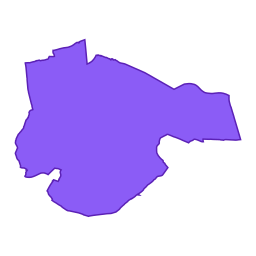 outline of Uitgeest, Noord-Holland, Netherlands
{"feature_id": "6326949B50941675836803", "entity_name": "Uitgeest", "entity_type": "district", "adm_level": 2, "iso_a3": "NLD", "parent_name": "Netherlands", "parent_adm1": "Noord-Holland", "projection": "robinson", "projection_center": [4.72, 52.523], "detail": "fine", "context": "isolated", "style": "filled", "palette": "violet", "viewbox_px": 256, "rotation_deg": 0, "n_neighbors": 0, "source": "geoboundaries", "source_scale": "gbopen_adm2", "svg_char_len": 5438}
<svg xmlns="http://www.w3.org/2000/svg" viewBox="0 0 256 256"><path d="M229.0,95.5L227.6,94.9L226.2,94.2L224.9,93.8L223.3,93.3L221.6,93.0L220.5,92.9L218.3,92.9L214.9,93.2L212.5,93.5L211.2,93.5L207.1,93.1L205.2,92.7L204.3,92.3L203.5,91.8L202.3,91.0L201.3,90.2L197.7,86.5L196.1,85.3L195.4,84.9L194.3,84.4L191.1,83.7L189.7,83.6L188.8,83.6L186.0,83.9L184.3,84.1L174.0,89.3L145.0,72.8L125.3,64.1L124.1,63.7L120.6,63.0L119.7,62.7L118.5,62.0L116.8,60.7L115.8,60.3L115.2,59.7L113.8,60.0L113.7,59.9L113.3,59.8L113.1,59.8L112.9,59.3L112.7,59.2L112.8,59.1L112.6,58.9L112.4,58.9L112.1,59.1L111.8,58.9L111.6,58.9L111.3,58.9L111.0,59.1L110.9,59.5L110.8,59.8L109.4,58.7L108.6,58.6L106.9,57.7L106.4,57.5L106.1,57.4L105.8,57.5L105.7,57.5L103.9,56.8L101.0,55.6L100.9,56.0L98.2,55.0L98.0,55.3L97.7,55.2L97.6,55.4L97.2,55.2L96.2,55.2L95.3,57.0L94.9,57.6L93.9,59.1L92.4,60.8L92.0,61.2L91.1,61.9L89.7,62.7L89.7,62.9L87.1,64.0L85.6,47.7L84.8,39.7L80.4,41.3L80.0,41.5L78.8,42.2L78.8,42.3L79.1,42.7L78.8,42.8L78.7,42.6L78.4,42.5L76.8,42.5L75.2,43.5L73.7,44.7L71.6,46.0L68.9,47.0L67.9,47.3L63.5,47.9L59.6,48.8L57.4,49.5L54.6,50.2L53.8,50.3L53.6,50.4L53.5,50.5L53.1,50.4L53.0,51.4L53.0,52.0L53.1,52.7L53.2,53.1L53.8,53.9L54.0,54.4L54.2,54.8L54.4,56.4L53.0,56.6L49.4,56.5L49.3,56.8L48.8,57.2L48.7,57.4L48.5,58.3L48.3,58.6L48.0,59.0L47.7,59.2L46.4,59.4L45.5,59.8L43.4,60.3L43.2,60.3L43.2,60.2L42.0,60.3L40.9,60.6L40.5,60.7L40.0,60.6L39.6,60.2L38.5,60.3L37.4,60.6L36.1,60.7L35.9,61.1L35.4,61.2L34.7,61.5L33.1,61.8L29.5,62.8L28.4,62.7L25.3,62.9L25.3,63.4L25.5,64.3L25.8,65.9L26.0,67.3L26.9,77.1L27.0,77.8L27.1,78.2L27.1,78.6L27.1,79.3L27.1,79.8L27.9,88.8L28.1,90.1L28.3,90.8L28.4,91.3L28.5,91.9L28.5,92.2L31.2,103.1L31.6,104.5L31.9,105.3L32.0,105.6L32.0,106.4L32.8,109.6L32.0,109.9L30.9,110.2L30.4,110.5L29.6,111.2L29.0,112.5L29.0,112.8L29.2,113.3L29.3,114.0L28.4,116.6L28.2,117.3L28.3,117.6L28.2,117.7L27.8,117.9L27.6,118.0L27.4,118.5L27.0,119.1L26.1,120.0L25.8,120.8L24.9,123.5L24.5,124.8L24.4,125.5L24.0,126.1L23.7,126.8L23.6,127.3L23.7,127.8L23.6,128.0L23.3,128.4L22.9,129.0L22.0,129.9L21.7,130.5L21.3,130.9L20.9,131.5L19.8,132.6L19.4,133.3L18.5,134.1L18.0,134.9L17.7,135.7L17.3,136.4L16.2,138.8L16.0,140.0L15.6,140.8L15.6,141.5L15.5,142.0L15.4,142.5L15.5,143.3L15.9,144.2L17.2,146.6L17.6,148.0L17.1,148.9L16.9,149.4L16.2,151.2L15.7,152.2L15.4,153.1L15.4,153.6L15.9,155.1L16.2,155.8L16.7,157.7L17.0,158.4L17.4,159.2L17.7,159.6L18.7,160.5L19.0,161.0L20.6,165.9L20.5,166.3L20.4,167.3L21.2,167.7L21.7,167.8L22.5,167.9L24.1,168.0L24.5,168.1L26.2,169.1L26.6,169.3L26.6,169.5L26.2,170.0L27.2,170.3L25.9,172.2L25.8,172.7L25.9,173.9L25.8,174.6L25.6,175.1L24.9,176.2L25.2,176.5L25.4,176.8L27.0,177.2L28.4,177.3L29.8,177.3L31.5,177.1L33.1,176.6L33.9,176.3L35.6,175.6L40.2,173.4L41.0,173.1L41.7,173.0L43.2,172.9L44.4,173.0L45.5,173.4L46.6,173.8L47.1,174.0L48.1,174.6L51.2,171.5L54.7,168.2L56.5,168.5L58.2,168.6L61.1,169.9L60.8,170.3L60.4,171.2L60.3,171.7L60.2,172.1L60.2,172.6L60.8,174.7L60.8,175.1L60.8,175.6L60.7,176.0L60.6,176.4L60.4,176.8L58.9,179.3L59.1,179.6L58.1,181.4L53.6,179.8L52.6,180.9L53.0,181.1L50.5,184.7L49.0,187.3L47.1,190.9L47.3,191.0L47.7,191.5L48.2,193.0L48.5,194.1L48.7,194.5L49.9,196.0L51.0,197.1L52.4,199.2L52.4,199.3L52.2,199.7L51.9,200.2L53.6,201.5L56.3,203.1L58.5,204.6L60.3,205.6L60.6,205.8L61.2,206.1L61.4,206.2L61.5,206.5L61.8,206.8L63.6,208.2L64.4,208.6L65.1,209.2L66.0,209.7L66.3,210.0L67.0,210.3L67.3,210.5L67.6,210.5L68.1,210.8L69.1,210.8L78.4,212.8L79.4,213.1L83.1,214.4L83.2,214.6L83.5,214.8L87.6,216.0L88.5,216.3L89.4,216.0L91.2,215.7L93.7,215.3L107.0,213.7L110.5,213.5L111.3,213.4L115.9,212.0L116.1,211.9L117.2,211.0L119.0,209.6L119.8,208.8L120.1,208.3L120.9,207.4L121.8,206.6L122.5,205.9L124.3,204.4L124.4,204.2L124.6,203.9L127.4,201.7L127.6,201.6L127.7,201.3L128.0,201.0L128.6,200.4L131.3,198.7L131.5,198.9L132.4,198.3L134.3,197.0L135.4,196.1L135.9,195.5L136.6,195.0L137.0,194.9L137.3,194.8L139.2,195.0L138.7,194.6L138.4,194.2L138.1,194.2L137.9,194.1L139.9,192.9L141.0,192.1L142.2,191.1L143.4,189.9L143.5,189.7L143.7,189.2L144.1,188.6L146.1,186.8L146.5,186.3L147.7,184.9L149.0,184.1L150.6,182.9L151.6,182.2L152.2,181.6L153.2,180.7L153.9,179.7L154.8,179.3L155.5,178.7L156.3,177.6L157.2,176.7L157.7,176.4L158.0,176.3L161.0,175.8L162.2,175.3L162.8,174.7L167.9,167.6L165.2,164.4L165.0,163.7L164.6,163.2L163.5,162.4L163.2,162.0L163.1,160.7L162.8,160.3L162.5,160.0L162.0,159.7L161.5,159.3L160.8,158.6L159.6,157.4L159.3,157.0L159.1,156.6L158.6,156.1L158.1,155.4L157.0,153.3L156.8,152.9L156.6,150.8L156.6,150.1L156.6,149.3L156.6,147.4L156.8,146.5L156.9,146.2L157.5,145.4L159.1,143.7L159.3,142.9L159.2,141.8L159.7,139.5L160.4,138.0L160.7,137.8L164.3,135.9L166.2,135.0L166.7,134.6L167.0,134.4L167.6,134.4L167.9,134.4L171.0,135.6L173.3,136.6L174.1,136.9L175.2,137.2L177.6,138.1L180.5,139.3L182.6,140.3L188.6,142.8L188.9,142.4L189.6,141.9L190.1,141.3L192.6,140.4L193.8,139.5L194.0,139.3L194.5,139.2L195.6,139.4L197.1,139.8L198.9,140.5L201.1,141.5L201.9,141.7L202.7,141.8L203.2,141.7L203.3,141.7L203.1,140.9L203.0,140.1L203.1,139.1L209.2,139.3L210.4,139.2L213.0,139.4L219.6,139.6L220.9,139.9L222.4,140.0L223.5,140.2L224.1,139.9L224.5,139.8L225.2,139.6L226.1,139.6L235.8,140.1L237.2,140.0L238.3,139.8L240.6,139.6L239.3,135.1L233.9,116.9L233.9,116.7L232.2,111.2L231.8,109.8L231.8,109.7L231.7,109.5L231.6,109.3L231.2,107.7L230.4,105.8L230.0,104.4L229.3,101.6L229.1,100.5L229.0,99.2L229.0,95.5Z" fill="#8b5cf6" stroke="#5b21b6" stroke-width="1.5"/></svg>